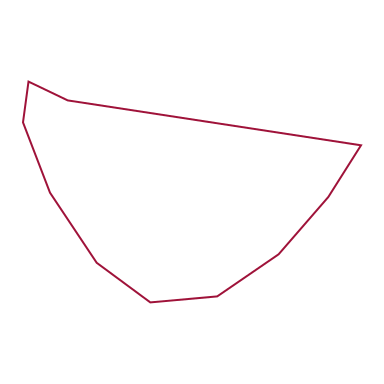 an SVG outline of Saint Barthelemy
{"feature_id": "BLM", "entity_name": "Saint Barthelemy", "entity_type": "country or territory", "adm_level": 0, "iso_a3": "BLM", "parent_name": "North America", "parent_adm1": "", "projection": "orthographic", "projection_center": [-62.844, 17.899], "detail": "fine", "context": "isolated", "style": "outline", "palette": "rose", "viewbox_px": 384, "rotation_deg": 0, "n_neighbors": 0, "source": "natural_earth", "source_scale": "50m", "svg_char_len": 253}
<svg xmlns="http://www.w3.org/2000/svg" viewBox="0 0 384 384"><path d="M217.2,296.4L150.3,302.4L96.7,262.8L50.0,192.7L23.0,122.4L28.5,81.6L67.7,100.4L361.0,145.3L328.3,197.0L278.6,254.3L217.2,296.4Z" fill="none" stroke="#9f1239" stroke-width="2"/></svg>